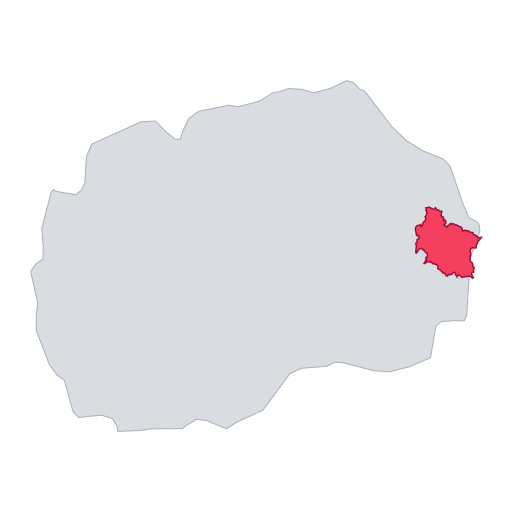 Berovo, Berovo, North Macedonia (highlighted)
{"feature_id": "65306769B82535052466784", "entity_name": "Berovo", "entity_type": "district", "adm_level": 2, "iso_a3": "MKD", "parent_name": "North Macedonia", "parent_adm1": "Berovo", "projection": "orthographic", "projection_center": [22.828, 41.67], "detail": "fine", "context": "in_parent", "style": "filled", "palette": "rose", "viewbox_px": 512, "rotation_deg": 0, "n_neighbors": 0, "source": "geoboundaries", "source_scale": "gbopen_adm2", "svg_char_len": 3331}
<svg xmlns="http://www.w3.org/2000/svg" viewBox="0 0 512 512"><path d="M228.9,105.3L238.5,106.7L259.6,101.0L272.8,92.8L279.5,91.7L288.4,88.6L301.1,89.2L314.0,92.9L330.5,88.3L346.7,80.6L353.2,82.6L360.1,89.3L364.7,91.1L391.4,126.2L406.0,140.4L423.3,151.1L443.2,159.0L450.3,166.5L462.9,203.7L469.0,217.8L477.4,222.0L479.5,226.1L479.8,231.4L470.4,257.6L466.6,316.1L464.2,320.8L454.2,320.6L440.9,321.8L435.9,326.3L430.5,357.8L409.1,366.8L389.6,371.8L373.2,370.6L344.4,363.0L335.0,362.1L326.9,366.3L301.2,368.3L289.8,373.7L262.9,410.2L235.8,422.6L226.5,428.9L206.0,420.4L196.2,419.4L181.8,428.6L150.5,428.9L142.0,430.4L117.9,431.4L117.0,426.3L112.7,418.8L101.6,415.1L78.6,417.5L73.1,411.9L64.4,380.4L57.2,375.2L49.3,364.5L36.2,330.2L36.3,315.3L37.6,302.3L30.7,271.6L35.7,264.0L42.9,259.4L43.3,247.1L41.8,228.4L51.2,192.1L53.5,189.5L55.6,191.3L75.9,194.7L81.3,190.2L84.8,183.1L86.5,156.4L91.7,144.1L141.2,121.7L155.6,121.1L166.4,132.1L175.1,139.2L180.3,139.1L182.4,132.1L188.5,118.8L198.7,111.3L228.6,105.3L228.9,105.3Z" fill="#d9dde1" stroke="#a8b0b8" stroke-width="1"/><path d="M441.6,211.2L439.8,211.2L438.2,209.9L436.6,210.0L435.6,207.7L435.1,208.0L435.1,208.7L433.8,209.4L428.7,207.0L427.4,207.7L425.8,207.9L426.3,208.9L425.9,210.5L426.8,210.8L426.5,212.5L426.9,213.3L426.1,215.6L425.1,216.7L425.8,218.6L425.7,219.7L423.0,222.9L423.0,224.3L421.6,226.8L420.9,226.7L420.7,224.5L418.2,225.6L417.3,225.5L415.8,227.1L415.3,228.9L416.6,235.4L418.1,235.4L418.2,236.4L418.8,236.5L419.5,237.8L418.0,239.2L417.1,239.5L417.0,242.1L415.7,243.5L416.4,245.7L416.0,249.3L415.8,252.8L416.4,253.1L419.3,248.9L421.7,248.4L422.5,248.8L423.3,250.4L424.4,250.5L425.5,252.5L427.5,253.2L427.3,256.7L425.8,257.5L426.5,259.8L426.3,260.3L425.5,260.3L425.2,261.9L424.1,263.5L424.7,263.6L427.3,261.7L429.0,261.8L431.7,262.3L432.1,263.2L433.2,263.9L434.0,263.7L438.1,265.5L437.7,268.5L438.8,269.5L440.8,270.1L441.4,271.5L442.5,271.8L442.6,272.8L443.5,272.9L443.8,273.5L445.2,273.3L446.1,275.8L447.5,276.0L448.3,274.6L450.5,274.8L451.0,274.2L452.3,273.8L453.5,272.2L455.1,272.7L455.5,273.4L455.5,274.8L456.8,276.0L457.1,276.9L457.8,275.7L459.3,275.1L462.2,277.5L462.9,276.9L464.3,277.0L464.6,276.5L467.8,276.6L469.4,275.9L472.6,278.1L473.4,277.7L472.0,275.2L471.6,274.0L471.7,273.4L472.0,272.2L472.6,272.1L473.6,272.2L473.6,271.4L473.5,269.8L474.1,268.1L474.1,267.4L473.6,267.4L473.2,266.6L472.9,266.0L472.8,264.7L472.6,263.7L472.0,262.5L471.2,262.2L470.4,261.3L470.2,260.9L470.1,260.2L470.0,259.2L470.2,257.5L470.4,256.2L470.6,254.9L470.6,254.4L470.5,253.9L470.6,252.5L470.0,251.0L470.3,249.6L471.0,248.5L472.4,247.7L474.0,247.8L475.7,248.0L476.0,247.9L476.2,247.1L476.2,246.7L476.3,245.3L477.0,244.0L477.4,243.0L477.9,241.9L478.4,241.0L479.4,240.0L480.6,238.5L481.1,237.6L481.3,237.4L477.7,237.6L477.1,236.2L476.2,236.3L475.5,235.2L473.3,234.3L472.7,233.2L472.9,232.6L470.4,232.3L467.9,230.6L465.8,230.8L464.9,230.1L462.4,231.2L462.3,228.9L460.8,226.8L457.8,225.8L457.1,225.1L454.8,224.8L453.7,223.8L452.6,224.0L451.5,223.5L451.2,224.3L450.2,223.6L448.7,225.4L447.7,225.8L447.0,227.1L446.4,227.2L445.6,226.2L444.5,225.8L444.0,224.6L445.0,224.3L444.9,223.8L445.6,223.4L445.9,221.2L444.6,219.7L444.0,220.8L443.4,220.3L443.4,217.2L441.5,216.5L440.8,215.5L441.4,214.7L441.2,213.2L441.9,211.9L441.6,211.2Z" fill="#f43f5e" stroke="#9f1239" stroke-width="1.5"/></svg>